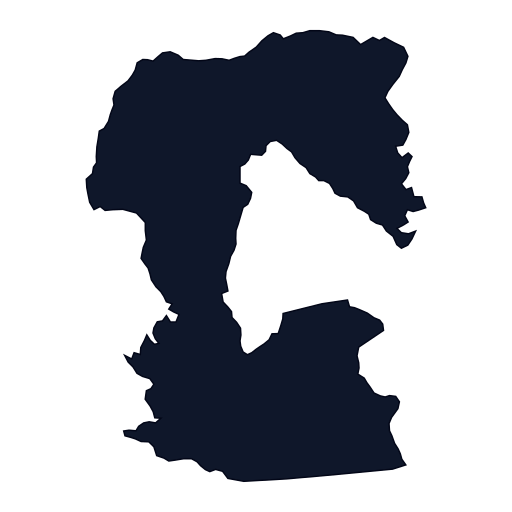 São Lourenço do Oeste, Santa Catarina, Brazil
{"feature_id": "56859067B44410485278405", "entity_name": "São Lourenço do Oeste", "entity_type": "district", "adm_level": 2, "iso_a3": "BRA", "parent_name": "Brazil", "parent_adm1": "Santa Catarina", "projection": "robinson", "projection_center": [-52.857, -26.469], "detail": "fine", "context": "isolated", "style": "filled", "palette": "ink", "viewbox_px": 512, "rotation_deg": 0, "n_neighbors": 0, "source": "geoboundaries", "source_scale": "gbopen_adm2", "svg_char_len": 3703}
<svg xmlns="http://www.w3.org/2000/svg" viewBox="0 0 512 512"><path d="M137.2,62.8L135.2,70.1L132.3,75.2L128.0,80.9L121.0,86.3L115.2,91.3L113.1,98.7L114.0,105.0L112.0,109.9L110.3,114.7L108.5,121.4L104.1,128.5L99.3,131.1L98.3,138.3L96.9,146.8L96.3,156.6L96.6,162.8L93.5,167.1L92.5,173.6L86.3,179.2L86.8,187.6L88.0,194.1L89.7,202.3L94.0,209.6L100.2,206.5L105.1,210.4L112.6,209.7L122.8,209.3L136.5,213.0L145.3,222.5L145.3,230.7L146.4,240.1L143.3,247.4L142.2,252.7L141.1,258.4L145.0,264.0L148.1,268.0L150.0,273.8L151.4,279.8L156.0,286.8L160.8,291.6L163.9,296.4L166.4,301.8L172.2,303.8L168.8,309.1L173.6,311.9L179.0,314.4L176.0,322.0L170.4,322.0L166.4,315.6L162.5,320.9L157.3,321.8L153.9,327.9L153.0,333.0L155.3,338.7L158.9,343.4L154.4,344.3L150.2,340.3L146.8,334.9L144.4,340.6L140.8,347.5L140.3,354.5L134.1,352.7L131.7,359.0L124.7,355.4L128.2,362.1L133.0,366.9L137.0,373.3L142.5,376.4L149.8,378.6L153.9,384.2L150.9,388.7L146.4,390.7L145.2,399.2L150.1,406.0L153.2,411.7L154.8,417.8L160.9,418.2L155.6,422.9L149.2,421.8L143.7,422.9L138.7,426.3L136.0,430.8L129.0,430.2L123.7,431.0L125.0,435.8L131.2,437.5L135.5,438.9L141.1,441.5L148.8,441.8L153.9,446.8L156.7,455.6L164.0,458.1L168.8,461.0L175.1,460.1L183.7,458.7L191.5,458.7L197.0,461.7L200.6,465.7L205.4,469.6L209.8,471.6L215.6,469.4L222.6,471.3L227.9,478.4L243.8,481.3L259.1,480.4L265.4,480.1L287.2,478.8L301.7,477.5L310.5,476.8L342.2,473.9L366.3,471.6L392.6,469.1L405.8,464.9L401.8,459.2L400.3,453.8L398.1,448.9L394.6,443.4L391.8,435.6L389.5,430.8L389.0,423.5L391.6,417.3L397.9,408.6L399.4,401.8L395.7,396.4L389.5,395.6L385.2,397.0L380.3,395.9L374.0,393.0L370.1,387.1L366.8,382.6L364.2,378.1L357.8,374.1L359.0,368.0L358.7,362.8L357.0,355.8L358.7,347.1L383.5,330.4L382.7,324.1L379.6,320.1L374.0,317.8L367.3,313.1L359.3,309.6L354.5,307.7L349.5,306.8L347.5,300.0L321.9,303.8L283.1,313.5L282.8,318.9L280.8,325.7L278.2,333.6L272.0,333.8L269.1,339.8L264.0,344.0L260.0,346.6L256.1,349.3L251.8,352.7L247.4,354.7L243.1,352.0L240.7,346.2L240.0,340.9L240.9,335.0L240.5,328.2L236.6,322.3L232.0,317.5L231.5,311.6L228.0,307.2L223.1,302.0L221.6,293.5L227.9,291.0L226.7,284.5L225.4,278.1L226.0,271.6L228.8,263.7L230.6,256.3L234.0,250.2L236.0,244.0L235.7,238.3L236.0,230.4L238.3,223.7L243.1,207.4L247.7,204.3L250.5,198.4L251.7,192.4L246.2,185.7L240.0,183.1L240.0,166.5L244.8,164.0L248.3,160.0L250.6,154.3L261.7,155.2L265.5,151.3L266.0,145.7L270.2,141.5L276.6,140.3L282.2,144.0L287.0,148.5L291.6,151.9L295.0,157.7L300.0,163.5L306.1,167.6L309.9,173.6L315.6,177.0L318.8,180.6L323.9,180.6L329.5,183.4L332.8,188.5L335.0,193.2L340.3,196.1L347.8,196.9L353.6,200.9L357.5,207.7L364.4,211.3L368.8,214.2L370.6,219.6L376.3,223.2L382.5,225.0L386.4,231.0L393.1,236.3L396.8,244.6L401.4,248.2L407.8,245.1L411.9,239.0L415.6,231.1L408.5,233.8L401.4,232.7L396.9,228.4L403.7,224.8L408.1,222.0L404.7,215.8L407.4,209.7L413.1,211.5L418.5,210.1L425.7,207.7L423.6,202.9L421.9,196.9L413.9,196.7L411.5,187.6L406.0,189.6L401.4,183.8L405.7,178.6L408.8,172.7L407.4,166.7L409.6,161.4L412.0,156.6L408.2,153.0L402.0,157.7L397.7,152.9L395.6,146.2L402.8,145.1L405.9,139.5L408.8,132.4L407.4,124.8L402.3,120.3L396.8,114.6L392.6,109.5L388.5,103.6L384.9,97.8L387.9,91.3L392.9,84.3L399.2,76.4L402.3,69.6L405.9,62.9L407.9,56.3L403.6,47.3L394.2,42.8L384.5,37.5L379.4,40.5L372.9,37.4L360.6,44.6L353.1,37.4L342.5,35.2L336.2,34.9L328.9,31.8L319.6,30.7L309.7,30.7L302.9,32.7L296.2,33.2L290.4,36.0L283.3,38.8L280.2,35.0L273.4,32.7L268.0,35.8L261.9,40.8L256.3,47.1L249.1,52.1L244.6,56.1L239.9,56.6L234.4,58.3L229.1,60.3L222.0,58.8L215.1,58.6L205.9,60.3L198.7,60.8L183.2,59.5L178.2,55.2L170.2,51.8L162.5,52.9L157.9,56.8L153.1,61.1L147.5,59.7L142.8,59.5L137.2,62.8Z" fill="#0f172a" stroke="#020617" stroke-width="1.5"/></svg>